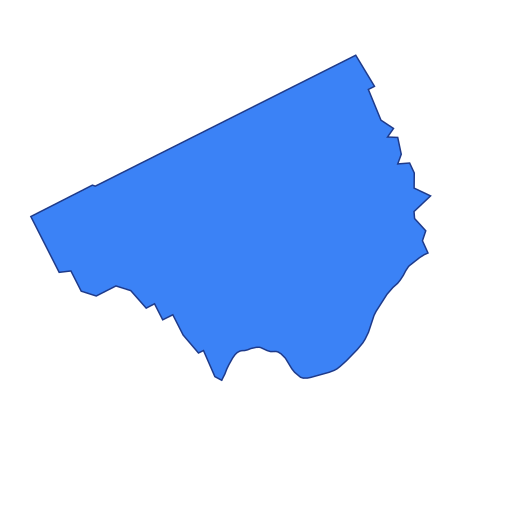 Cape Girardeau, Missouri, United States of America, rotated 63°
{"feature_id": "52423323B27788547677425", "entity_name": "Cape Girardeau", "entity_type": "district", "adm_level": 2, "iso_a3": "USA", "parent_name": "United States of America", "parent_adm1": "Missouri", "projection": "natural_earth1", "projection_center": [-89.566, 37.365], "detail": "fine", "context": "isolated", "style": "filled", "palette": "blue", "viewbox_px": 512, "rotation_deg": 63, "n_neighbors": 0, "source": "geoboundaries", "source_scale": "gbopen_adm2", "svg_char_len": 1210}
<svg xmlns="http://www.w3.org/2000/svg" viewBox="0 0 512 512"><g transform="rotate(63 256 256)"><path d="M118.6,438.7L181.2,438.8L185.3,427.7L208.0,427.7L219.1,416.5L219.1,394.4L230.0,383.3L252.6,377.5L252.5,368.1L262.8,368.1L270.5,368.1L270.6,356.8L293.4,356.8L316.3,351.3L316.4,345.7L344.8,347.4L351.7,342.6L351.0,342.8L347.0,337.3L343.4,333.3L340.6,329.6L336.2,323.0L334.3,319.3L333.5,316.6L333.4,313.6L333.9,311.6L335.1,309.0L335.8,306.0L336.1,302.6L337.5,297.2L338.8,294.5L339.7,293.4L345.3,289.0L347.8,286.4L350.2,281.4L351.4,280.1L351.5,279.9L353.4,278.8L354.5,278.1L360.4,276.2L372.7,275.3L377.1,274.4L384.2,271.4L386.2,269.4L388.1,265.6L389.0,262.4L392.8,243.7L393.4,238.2L393.3,234.9L392.5,231.0L390.4,223.1L385.3,208.2L381.9,200.3L379.6,196.5L375.0,190.4L362.5,177.8L359.8,174.1L349.6,156.7L346.2,148.3L344.6,142.2L342.9,138.4L340.1,133.5L337.1,129.3L334.6,124.9L334.2,123.6L331.7,110.9L331.2,105.6L331.4,101.4L318.0,100.8L310.6,93.3L294.6,97.7L288.1,95.0L281.7,73.2L267.3,84.3L253.9,77.3L242.9,76.9L238.3,87.9L231.3,80.4L214.7,75.9L209.7,84.8L204.8,75.6L191.7,83.0L158.6,80.3L158.6,73.4L122.4,76.0L120.8,367.5L118.6,369.6L118.6,438.7Z" fill="#3b82f6" stroke="#1e3a8a" stroke-width="1.5"/></g></svg>